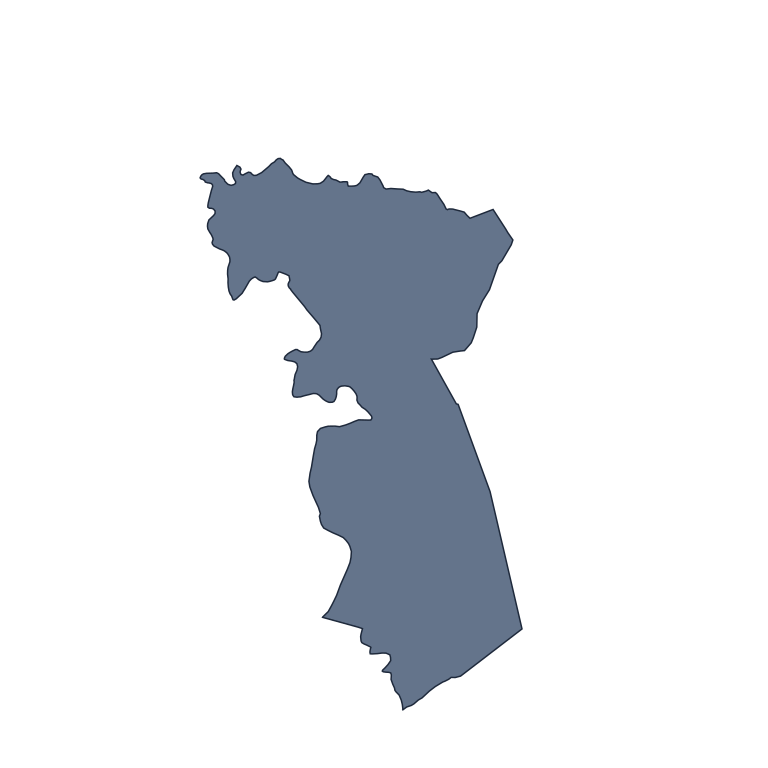 the district of Belair, Anse-la-Raye, Saint Lucia, rotated 51°
{"feature_id": "8701671B26789831471183", "entity_name": "Belair", "entity_type": "district", "adm_level": 2, "iso_a3": "LCA", "parent_name": "Saint Lucia", "parent_adm1": "Anse-la-Raye", "projection": "robinson", "projection_center": [-61.001, 13.953], "detail": "fine", "context": "isolated", "style": "filled", "palette": "slate", "viewbox_px": 768, "rotation_deg": 51, "n_neighbors": 0, "source": "geoboundaries", "source_scale": "gbopen_adm2", "svg_char_len": 5966}
<svg xmlns="http://www.w3.org/2000/svg" viewBox="0 0 768 768"><g transform="rotate(51 384 384)"><path d="M390.3,478.3L395.4,484.2L402.9,492.6L406.7,497.5L412.4,503.6L417.3,506.4L425.8,509.3L432.7,511.1L438.6,512.6L444.7,515.0L446.1,517.4L450.4,519.7L453.9,521.0L458.0,521.5L462.6,519.6L467.4,517.4L472.7,514.6L477.7,512.3L481.6,511.9L485.8,512.0L488.7,512.7L493.6,514.7L498.0,518.8L501.3,522.7L504.9,529.0L512.8,544.4L518.4,553.8L521.2,559.7L523.2,564.2L525.8,570.6L526.1,574.0L526.5,578.2L526.7,578.6L556.6,557.2L559.2,555.5L560.6,554.7L561.7,556.2L564.0,559.3L565.7,561.2L569.2,563.5L571.0,564.0L573.5,563.1L575.7,561.9L579.8,560.0L580.4,559.9L581.2,561.1L582.8,563.0L583.7,563.8L585.0,564.5L586.2,563.2L589.4,558.8L591.8,554.9L594.4,551.8L596.1,550.9L598.2,549.9L600.6,551.0L603.2,552.9L604.6,557.6L605.3,562.4L605.5,565.0L606.0,566.0L607.2,565.7L609.1,563.9L611.0,561.8L612.7,560.6L614.6,561.3L616.3,562.8L618.0,564.4L622.8,566.1L626.7,567.1L629.0,568.3L630.8,568.4L635.3,568.0L640.5,569.5L644.5,571.4L647.7,573.4L648.8,574.1L648.9,574.4L649.1,574.4L649.1,573.9L649.3,569.6L651.0,565.0L651.4,562.0L651.2,556.1L651.9,552.0L651.2,542.0L651.4,534.5L652.6,525.8L653.3,523.7L654.2,519.5L654.3,516.4L656.9,513.4L659.2,508.3L661.2,430.9L561.0,382.2L534.4,369.3L446.5,339.2L444.9,340.3L408.7,334.0L394.5,331.5L394.7,331.3L398.4,326.5L399.8,322.2L402.6,310.5L406.3,304.1L408.7,300.4L406.9,290.3L404.2,285.4L398.2,276.1L387.9,267.4L381.4,255.1L377.1,242.7L363.0,219.8L362.4,214.8L355.9,197.5L354.0,194.5L353.2,193.2L344.0,192.5L340.2,191.9L317.0,189.4L309.3,212.9L305.2,213.4L300.9,213.5L297.6,215.8L292.8,219.4L291.4,220.4L289.3,222.8L288.6,224.0L288.5,224.9L287.2,225.6L282.1,224.4L275.1,223.8L269.8,223.2L267.6,223.5L265.5,226.3L261.2,227.5L260.7,229.6L258.7,234.2L257.4,235.0L256.6,236.0L255.8,237.3L254.8,238.7L251.4,242.2L248.1,244.8L244.7,246.5L240.7,251.0L236.4,255.6L233.8,259.7L231.2,260.7L229.6,260.1L226.8,259.5L222.9,258.7L219.2,258.6L216.7,260.2L214.9,261.3L213.2,261.2L211.0,263.5L210.1,265.5L209.3,267.0L210.1,269.8L212.5,276.1L212.6,279.4L212.4,280.5L211.4,282.5L209.9,284.6L207.8,287.2L206.7,286.9L205.8,286.5L205.1,286.0L204.3,285.4L203.7,285.4L203.0,286.1L200.9,288.7L200.9,289.0L199.4,291.2L197.4,292.0L195.2,293.0L193.4,294.5L191.0,295.7L189.6,295.5L188.1,295.7L186.8,296.1L187.0,297.8L187.7,300.7L188.3,303.4L187.9,307.3L186.5,309.8L183.7,313.4L178.1,317.7L172.3,320.4L169.4,321.5L164.3,322.5L162.8,322.3L160.8,321.5L159.4,321.1L155.4,321.1L150.1,321.7L146.3,321.5L144.8,322.3L143.5,322.5L142.2,324.4L142.0,326.7L142.5,329.3L142.0,332.8L142.5,336.7L142.7,346.0L141.5,351.9L139.9,354.0L137.4,354.6L135.8,354.6L134.1,356.0L133.2,359.9L132.9,362.1L131.2,363.3L129.1,362.7L128.2,361.9L127.0,359.9L124.8,359.5L121.6,360.8L122.2,362.7L123.1,365.7L124.7,368.8L127.5,370.7L129.8,371.4L133.3,371.9L134.2,372.7L134.7,373.3L134.5,375.3L133.4,377.8L131.6,379.0L130.3,379.7L126.1,380.1L124.8,379.5L123.2,379.6L120.3,379.9L116.5,380.2L114.5,381.1L112.5,384.2L108.6,389.3L107.1,392.0L106.8,393.6L107.1,395.3L107.9,397.0L108.6,397.3L109.3,397.2L109.8,397.0L110.4,396.5L111.1,396.0L113.0,395.4L113.7,395.5L114.4,395.8L114.9,395.6L116.1,394.8L117.0,394.2L117.4,393.6L119.7,392.0L121.4,392.0L122.7,392.9L125.0,396.4L127.3,399.5L129.7,402.7L132.5,406.4L134.3,408.4L135.7,409.6L137.5,409.1L139.0,407.4L140.7,406.4L143.3,406.4L145.2,408.0L145.8,410.3L146.1,414.0L146.3,416.8L148.4,420.1L150.3,421.9L152.6,423.3L156.6,424.0L159.1,424.2L160.8,424.6L162.7,425.1L164.1,425.8L164.9,427.1L165.5,428.0L166.0,428.7L167.5,429.3L169.8,429.3L172.8,428.0L175.7,426.7L178.0,425.3L180.0,424.3L183.0,423.6L185.0,423.6L188.0,424.1L190.2,425.3L192.0,426.8L193.3,428.8L194.7,431.0L195.3,431.9L197.3,434.0L200.1,436.4L204.2,439.0L207.1,441.5L210.7,444.0L214.1,445.9L216.5,446.7L217.9,447.0L219.5,447.0L221.3,447.6L221.6,447.7L222.8,448.1L223.5,448.3L224.4,447.7L224.8,445.2L224.5,441.3L224.4,439.4L224.2,437.1L223.3,434.6L222.4,431.9L219.3,423.9L218.9,420.9L219.2,418.3L219.7,416.8L221.4,416.2L223.8,415.8L225.9,414.9L228.3,413.5L230.0,411.6L231.3,410.2L232.3,408.3L233.4,405.7L234.1,403.7L234.1,402.3L233.4,400.9L232.3,398.7L231.0,396.4L230.9,396.1L230.7,395.4L231.0,395.0L231.4,394.5L231.9,394.1L234.0,392.9L237.1,391.1L239.3,390.1L240.0,389.7L242.4,390.9L244.0,391.8L244.5,392.4L245.1,394.0L245.8,395.3L246.6,396.1L247.6,396.7L249.5,397.1L250.9,397.0L251.3,396.8L251.9,397.1L255.3,397.2L273.9,397.0L277.9,397.3L287.7,397.0L294.1,396.9L298.2,396.9L299.2,397.5L301.0,398.6L305.6,400.9L308.0,403.4L309.3,406.5L309.6,409.8L311.0,414.4L312.2,417.8L312.2,420.5L311.0,423.6L308.9,426.1L306.7,428.2L304.2,429.3L302.6,429.8L301.5,431.1L301.3,432.1L300.7,434.6L300.2,437.5L300.0,439.7L300.3,443.3L301.1,444.9L301.8,445.7L302.3,445.7L302.7,445.5L305.2,444.0L308.0,441.4L310.6,439.5L313.4,438.9L316.2,440.2L318.5,442.9L320.7,447.1L323.0,449.8L324.1,451.0L324.3,451.5L324.7,451.8L325.7,452.4L326.7,453.3L327.2,454.0L328.4,455.4L330.3,457.8L332.0,459.7L332.5,460.2L334.6,461.6L335.2,461.8L335.7,461.9L337.3,462.0L337.8,461.5L339.5,459.9L340.3,458.6L341.5,456.9L341.7,456.4L342.7,453.9L343.8,451.5L345.3,448.4L346.3,446.1L346.9,444.9L348.3,443.3L349.3,442.4L352.0,441.4L355.0,441.1L357.5,440.8L360.2,440.0L362.2,439.1L363.7,438.2L364.7,436.9L365.6,435.7L366.1,433.9L365.2,431.3L363.8,429.1L361.9,427.0L360.1,425.6L358.8,424.1L358.3,422.2L358.2,420.5L358.8,418.5L360.8,415.5L363.7,412.9L365.1,412.2L368.0,411.8L370.8,411.7L373.9,411.9L376.3,412.6L377.4,413.3L378.1,413.9L379.5,415.2L382.4,416.1L385.1,415.8L388.2,415.7L391.9,414.5L395.5,414.0L400.9,413.9L402.3,414.4L403.1,415.1L403.7,416.9L402.3,418.8L400.9,420.4L395.9,426.3L394.5,430.4L393.2,435.1L391.8,439.3L391.7,439.6L389.2,445.4L385.9,448.6L381.7,453.9L380.3,456.8L378.5,461.4L378.6,461.9L379.0,464.7L379.1,465.5L379.6,466.2L380.7,467.5L381.6,468.6L381.9,468.8L382.9,469.6L383.1,469.8L384.4,470.9L385.4,471.7L386.2,472.7L386.9,473.5L387.8,474.6L389.3,476.8L390.1,477.9L390.3,478.3Z" fill="#64748b" stroke="#1e293b" stroke-width="1.5"/></g></svg>